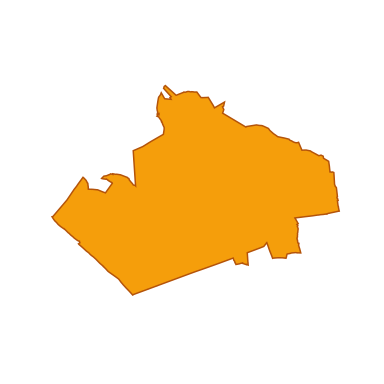 Doctor Mora, Guanajuato, Mexico, rotated 331°
{"feature_id": "50627088B4688802652397", "entity_name": "Doctor Mora", "entity_type": "district", "adm_level": 2, "iso_a3": "MEX", "parent_name": "Mexico", "parent_adm1": "Guanajuato", "projection": "equal_earth", "projection_center": [-100.35, 21.147], "detail": "fine", "context": "isolated", "style": "filled", "palette": "amber", "viewbox_px": 384, "rotation_deg": 331, "n_neighbors": 0, "source": "geoboundaries", "source_scale": "gbopen_adm2", "svg_char_len": 5767}
<svg xmlns="http://www.w3.org/2000/svg" viewBox="0 0 384 384"><g transform="rotate(331 192 192)"><path d="M268.2,272.8L268.0,271.2L269.5,271.2L269.5,265.9L269.6,265.6L269.5,265.4L269.5,265.2L269.4,264.9L269.4,264.6L270.0,264.8L275.4,267.0L278.9,268.4L285.7,271.2L290.5,273.0L291.8,273.6L292.7,273.9L293.3,274.1L296.2,275.4L297.1,275.7L297.4,275.8L298.1,276.1L298.3,276.2L298.8,276.5L298.8,276.3L299.9,276.6L300.9,276.8L302.1,277.2L304.2,277.8L305.4,278.2L310.7,279.8L311.5,280.1L312.0,278.3L312.3,277.5L312.5,276.8L312.9,275.9L313.1,274.7L315.0,270.0L315.7,270.2L316.1,268.5L315.8,268.3L316.2,266.8L316.9,266.7L320.3,258.4L320.4,258.2L320.4,257.7L320.2,257.3L320.0,256.4L320.1,256.2L320.2,255.9L320.4,254.4L324.4,246.1L325.5,243.7L325.2,243.3L324.7,242.8L324.3,242.4L324.0,242.4L323.5,242.2L323.3,242.0L322.9,241.7L322.8,241.4L322.4,241.2L322.9,240.3L323.3,239.2L324.8,235.7L326.4,231.4L323.4,226.3L324.1,224.3L322.7,222.3L320.6,221.8L315.9,214.5L315.7,214.0L315.7,213.9L315.4,213.4L312.1,210.6L308.4,208.7L309.3,200.2L308.3,200.0L307.4,199.7L307.0,199.4L306.4,199.0L306.0,198.6L305.0,197.5L303.9,195.6L303.3,194.9L302.9,194.3L302.5,193.7L302.5,193.4L302.5,192.9L299.1,189.7L293.8,185.2L293.4,184.3L292.7,182.8L291.5,180.4L289.9,175.8L289.7,173.7L289.5,173.2L288.8,172.3L286.9,169.7L285.7,168.2L285.2,167.7L283.0,166.3L280.9,164.6L271.5,161.2L270.6,161.3L257.0,137.9L259.8,135.3L260.0,132.2L261.3,132.2L264.0,129.1L252.4,129.3L252.5,128.2L252.5,126.4L252.1,117.4L252.1,117.1L251.4,116.8L249.8,116.0L246.8,114.5L245.6,113.7L244.7,106.9L242.8,105.9L241.5,104.9L240.9,104.5L240.3,104.1L239.8,104.0L239.1,103.6L238.5,103.0L238.2,102.7L237.7,102.4L237.0,102.0L236.1,101.8L234.4,101.5L233.5,100.7L233.4,100.8L225.0,99.7L220.3,86.0L218.9,86.2L218.7,86.3L217.8,87.3L217.4,87.6L220.0,98.6L219.3,98.6L218.5,98.7L218.6,100.8L213.3,97.2L213.2,90.3L212.7,90.7L211.9,91.4L211.1,91.9L210.0,92.4L209.2,92.7L208.5,93.2L207.4,94.5L206.2,96.0L202.3,101.1L201.9,101.8L201.4,103.1L201.1,103.8L200.9,104.7L200.8,105.3L200.0,106.4L200.5,106.8L201.1,107.2L200.9,107.3L200.7,107.7L200.6,108.3L200.2,108.0L199.7,107.6L199.3,107.1L198.9,107.7L198.9,108.7L198.2,108.8L199.3,110.3L199.3,111.3L199.7,114.4L199.7,115.7L199.3,115.8L199.5,117.3L199.3,117.8L199.2,118.4L199.1,119.7L198.9,122.2L197.8,124.0L194.9,127.7L187.7,127.8L183.1,127.9L181.4,127.9L178.6,128.0L171.0,128.4L160.6,127.4L145.6,159.3L145.4,158.6L144.1,157.5L143.9,155.5L143.8,155.2L143.4,153.4L143.1,151.5L143.0,151.3L143.3,149.6L142.8,149.0L142.7,148.5L142.6,148.0L137.8,142.3L134.7,139.9L133.9,139.6L131.6,137.7L131.3,138.3L129.7,136.7L129.2,136.8L125.0,136.3L122.6,135.4L119.5,136.3L119.7,136.6L120.1,136.9L121.0,137.7L122.0,138.4L122.3,138.7L122.6,138.9L123.1,139.1L123.3,139.1L123.3,139.4L123.4,139.5L123.5,139.6L123.8,139.8L123.9,140.0L124.0,140.2L124.1,140.4L124.1,140.9L124.2,141.1L124.5,141.3L124.5,141.5L124.7,141.8L124.8,142.1L124.8,142.4L125.0,142.6L125.2,142.8L125.3,143.1L125.5,143.5L125.8,143.8L126.0,144.0L126.0,144.5L126.4,144.8L126.5,145.1L126.6,145.4L126.5,145.8L126.2,145.9L115.9,150.8L114.2,148.9L110.6,144.4L106.4,141.5L102.7,139.3L104.0,136.6L104.3,135.6L104.7,134.8L105.0,134.1L105.1,133.7L104.9,133.4L104.9,132.9L104.9,132.6L105.0,132.1L105.0,131.4L105.0,130.4L104.6,128.8L104.3,127.6L103.8,126.3L102.7,126.8L95.8,130.0L93.9,131.0L90.3,132.5L78.7,138.4L58.5,146.0L57.6,145.8L57.7,147.8L57.8,149.1L58.0,150.7L58.3,151.7L58.7,152.9L59.2,155.5L60.3,158.4L62.4,162.7L62.5,162.6L63.1,164.5L63.5,165.9L64.0,167.7L64.5,168.7L64.9,170.3L65.2,171.2L65.5,171.9L65.9,172.9L66.4,174.2L66.6,175.1L68.3,178.8L69.0,179.8L69.7,180.5L69.5,180.9L69.4,181.7L69.3,182.1L67.8,182.3L67.6,182.3L67.7,183.0L68.1,184.1L68.4,184.8L68.5,185.1L69.7,188.5L70.6,191.3L71.0,192.5L71.8,194.2L72.2,195.1L72.6,196.8L72.8,197.5L73.2,198.6L73.6,199.5L74.3,201.0L74.9,202.8L75.4,204.3L76.8,209.5L77.4,211.2L78.2,213.3L78.5,214.1L78.3,214.2L78.7,215.3L79.3,217.3L79.6,218.6L79.9,219.9L80.1,220.7L80.8,222.3L82.7,226.2L84.5,230.0L85.5,232.2L85.8,233.3L86.2,236.6L86.6,238.4L86.8,239.6L87.9,244.2L89.0,248.3L90.2,253.4L91.3,253.3L95.8,254.0L99.7,254.6L150.7,262.4L156.3,263.3L163.8,264.6L164.4,264.7L167.4,265.2L181.4,267.5L195.7,269.7L196.0,269.8L195.5,272.0L195.5,272.3L195.7,272.6L195.6,273.6L195.4,274.4L195.5,274.4L195.5,275.2L195.3,276.7L197.4,277.4L199.0,277.9L199.4,277.9L200.2,278.1L200.5,278.2L201.1,278.4L201.6,278.5L201.4,278.7L202.8,280.2L204.5,282.1L204.7,281.9L205.7,283.1L206.5,281.4L206.9,280.6L207.1,279.9L207.4,279.4L207.9,278.3L208.0,278.0L208.6,276.8L209.4,275.1L210.9,271.9L215.5,272.6L224.2,273.9L227.3,274.3L228.2,274.4L228.5,274.4L230.4,273.6L231.6,273.1L232.5,272.6L232.9,272.5L232.5,275.1L232.3,276.2L231.7,279.6L231.4,281.5L230.7,287.0L230.4,288.7L230.4,289.1L230.7,289.1L233.6,290.4L235.1,291.1L236.9,292.1L238.7,293.1L239.2,293.4L239.9,293.9L241.0,294.7L242.1,295.5L242.3,295.3L242.4,295.2L242.5,295.0L242.7,294.9L242.9,294.8L243.3,294.3L244.7,292.7L244.8,292.6L245.0,292.5L245.1,292.4L245.3,292.4L245.7,292.5L247.0,293.0L247.8,293.2L248.4,293.4L249.3,293.5L250.5,294.0L251.8,294.6L253.0,295.1L253.6,295.4L253.8,295.6L254.4,296.2L254.9,296.4L255.7,296.9L257.6,298.0L258.3,295.2L258.7,293.6L259.0,292.0L259.4,290.3L259.8,289.8L260.0,289.5L260.2,289.0L260.4,288.9L260.6,288.7L259.9,287.8L260.2,286.9L260.3,286.7L260.6,286.1L260.9,285.3L260.8,285.2L260.8,284.8L260.9,284.7L261.2,284.0L261.3,283.9L261.2,283.7L261.4,283.3L261.5,283.2L262.3,282.4L262.5,282.4L262.9,281.5L263.1,281.2L263.3,280.9L263.6,280.6L263.9,279.9L264.1,279.4L264.8,278.7L265.0,278.5L265.1,278.2L265.3,278.0L265.6,277.6L266.0,277.0L266.3,276.5L266.5,276.3L266.9,275.8L267.0,275.6L267.1,274.9L267.2,274.6L267.3,274.2L267.3,273.8L267.3,273.5L267.3,273.3L267.7,273.1L267.9,272.9L268.2,272.8Z" fill="#f59e0b" stroke="#b45309" stroke-width="1.5"/></g></svg>